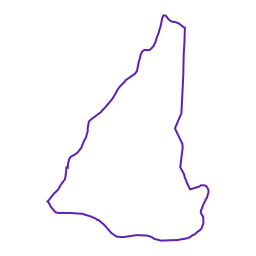 the district of Santa María Chiquimula, Totonicapán, Guatemala
{"feature_id": "79465075B31639983176614", "entity_name": "Santa María Chiquimula", "entity_type": "district", "adm_level": 2, "iso_a3": "GTM", "parent_name": "Guatemala", "parent_adm1": "Totonicapán", "projection": "equal_earth", "projection_center": [-91.316, 15.037], "detail": "fine", "context": "isolated", "style": "outline", "palette": "violet", "viewbox_px": 256, "rotation_deg": 0, "n_neighbors": 0, "source": "geoboundaries", "source_scale": "gbopen_adm2", "svg_char_len": 1577}
<svg xmlns="http://www.w3.org/2000/svg" viewBox="0 0 256 256"><path d="M47.5,201.5L48.8,202.8L50.8,206.8L55.4,212.2L58.3,212.9L71.0,213.0L82.1,213.8L90.9,216.5L95.8,218.7L97.5,220.0L98.5,220.0L104.4,225.0L111.3,233.0L115.6,236.0L117.6,236.8L123.2,237.1L136.7,235.1L147.4,235.6L152.0,237.2L154.4,238.9L161.0,240.6L178.1,240.0L180.0,239.5L186.1,238.5L189.4,237.5L192.3,235.4L195.3,234.0L196.9,232.2L199.5,230.5L201.5,228.5L203.4,223.3L203.3,218.4L203.1,216.7L201.2,213.7L200.7,211.4L203.8,203.4L205.5,200.4L205.6,199.5L206.9,197.8L208.5,192.3L208.5,190.2L207.1,187.2L206.4,186.2L204.9,185.4L201.0,185.3L199.2,186.6L190.1,189.4L189.0,187.2L186.5,181.9L186.3,180.7L185.0,178.1L183.9,173.9L180.2,167.3L182.7,147.6L182.5,145.7L182.3,143.8L175.1,128.8L175.2,127.6L176.8,124.1L181.4,113.2L183.3,74.5L183.7,54.1L184.4,42.9L184.9,27.8L183.1,26.9L178.8,23.4L175.1,22.0L171.7,21.6L170.3,20.8L168.4,19.2L165.9,15.7L163.4,15.4L162.1,18.5L161.0,24.3L160.0,28.4L159.1,30.4L159.1,31.7L156.6,37.9L155.2,43.0L154.6,43.6L154.1,44.7L153.6,46.0L150.2,49.6L148.7,50.1L144.4,50.0L142.3,51.4L140.4,55.4L140.0,58.0L138.9,61.2L137.0,70.9L134.8,74.0L132.4,75.5L125.7,80.2L124.6,81.8L120.7,85.7L120.2,86.2L118.1,88.7L114.3,95.8L112.1,99.2L106.0,106.4L105.5,107.0L103.5,109.2L100.4,112.5L90.8,119.6L88.8,121.7L87.7,128.4L87.7,131.2L85.9,137.6L83.4,142.3L81.3,147.8L77.2,152.9L74.0,155.0L71.0,156.6L69.2,159.0L68.0,163.8L67.8,167.7L66.5,167.3L65.5,176.7L64.8,179.5L63.5,181.1L60.6,185.1L58.0,189.7L54.0,193.6L52.0,196.1L49.4,199.4L48.0,200.9L47.5,201.5Z" fill="none" stroke="#5b21b6" stroke-width="2"/></svg>